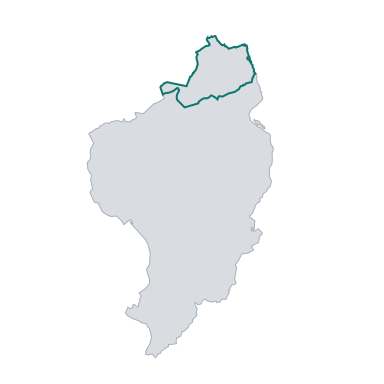 Sistan and Baluchestan highlighted on a map of Iran, rotated 242°
{"feature_id": "IRN-3247", "entity_name": "Sistan and Baluchestan", "entity_type": "Province", "adm_level": 1, "iso_a3": "IRN", "parent_name": "Iran", "parent_adm1": "", "projection": "mercator", "projection_center": [61.271, 28.254], "detail": "medium", "context": "in_parent", "style": "outline", "palette": "teal", "viewbox_px": 384, "rotation_deg": 242, "n_neighbors": 0, "source": "natural_earth", "source_scale": "10m", "svg_char_len": 5524}
<svg xmlns="http://www.w3.org/2000/svg" viewBox="0 0 384 384"><g transform="rotate(242 192 192)"><path d="M195.2,116.4L199.0,116.5L205.8,114.2L206.4,113.7L208.4,109.0L210.8,106.9L214.9,104.4L217.5,103.6L226.8,103.9L227.5,102.0L229.0,101.0L239.1,101.6L240.7,103.0L241.3,105.7L249.6,108.1L251.4,108.9L253.4,110.9L255.1,111.4L257.3,110.5L258.6,111.2L260.8,110.6L267.3,113.5L268.2,116.5L269.4,117.9L270.8,119.1L276.0,121.4L277.5,122.7L281.2,128.2L291.6,128.1L292.3,129.3L292.2,131.6L292.9,137.1L292.1,139.2L293.4,141.0L293.2,144.4L293.8,146.8L292.6,150.1L291.4,150.7L292.0,153.7L291.0,156.5L291.1,157.6L289.5,159.9L289.4,160.8L286.4,163.0L288.6,166.3L285.3,166.5L283.2,169.9L283.7,174.0L283.2,176.1L283.5,177.3L284.3,178.1L288.8,178.9L288.9,179.4L284.2,185.3L284.4,187.6L287.8,199.4L287.2,205.3L287.6,211.3L298.9,213.1L300.1,214.6L300.9,217.9L300.9,220.4L300.5,221.7L287.9,236.7L294.3,244.2L294.6,245.9L298.4,253.1L301.9,256.9L308.1,258.9L311.0,261.6L313.6,261.5L313.3,265.1L314.3,272.8L313.5,276.2L315.7,277.0L319.0,276.4L320.2,277.1L320.9,278.4L320.0,279.1L320.2,282.1L319.3,282.7L318.9,285.5L313.9,285.6L309.3,286.8L307.6,287.9L306.6,289.9L305.1,289.7L304.6,290.4L301.3,291.8L300.1,297.5L298.9,298.9L297.9,307.0L297.2,307.1L295.6,308.5L285.5,305.8L284.5,303.9L283.5,303.5L282.0,305.4L277.0,304.3L275.3,304.7L274.2,304.1L271.5,304.0L269.4,302.9L263.9,303.8L260.6,301.8L257.0,301.2L252.6,301.3L249.1,299.8L247.2,300.3L246.3,299.3L241.0,298.3L239.3,294.6L239.2,292.8L237.9,289.7L237.5,285.0L236.3,281.7L234.0,278.9L227.9,277.2L224.7,278.1L222.4,279.7L218.5,280.6L215.4,283.7L213.7,283.5L206.6,287.7L205.0,287.6L199.7,284.8L197.3,284.3L192.5,284.4L189.8,282.5L189.1,281.1L182.8,278.1L178.9,275.4L177.7,272.8L176.0,271.0L172.2,269.4L170.1,267.8L164.1,267.2L160.0,263.2L160.0,261.8L157.5,257.4L157.1,254.1L156.5,253.3L154.5,251.9L154.2,251.0L154.6,249.0L151.9,247.7L151.5,246.7L151.6,243.5L145.1,235.8L143.8,231.5L142.7,231.3L136.9,234.1L135.3,232.5L130.2,229.8L129.5,228.8L130.8,228.3L132.1,228.8L132.8,228.2L132.5,227.2L131.2,226.7L129.5,226.7L130.0,227.6L128.4,228.4L128.0,229.5L128.4,232.7L127.8,233.6L125.1,234.1L123.4,235.1L121.9,234.0L121.5,231.7L120.6,230.1L119.2,229.6L118.1,228.1L116.3,227.4L116.3,219.2L111.8,219.0L111.8,212.8L113.9,206.6L109.6,201.0L107.7,196.6L106.6,195.8L104.4,196.0L97.0,190.1L94.4,188.6L90.9,188.2L90.4,186.1L91.3,183.8L89.6,180.8L89.1,180.0L87.7,179.6L87.8,177.7L85.9,177.8L82.3,172.6L81.3,171.9L83.3,168.0L81.8,164.7L82.7,162.0L84.5,162.1L85.1,158.5L88.3,154.7L91.2,153.1L91.4,152.0L90.9,149.9L89.0,147.4L89.3,145.2L89.9,144.2L92.9,143.0L93.0,142.5L91.6,141.7L86.4,141.7L83.5,139.1L80.8,138.5L79.2,132.9L78.8,132.2L77.5,132.0L76.7,130.9L76.2,127.2L74.4,125.5L72.9,119.9L72.8,118.5L73.2,117.3L70.3,114.8L69.9,111.1L70.5,110.2L67.1,107.4L65.6,107.3L65.4,106.8L67.7,100.9L68.6,99.6L66.6,98.7L66.6,95.8L66.1,93.3L66.2,91.0L64.9,89.3L64.5,88.3L65.0,85.7L63.7,84.4L62.9,81.7L67.8,80.9L68.7,76.6L70.5,74.9L73.5,76.9L77.9,83.8L80.5,85.8L82.4,88.1L91.6,90.4L93.6,89.7L96.8,89.8L100.8,85.6L102.6,85.1L107.3,80.8L113.1,77.0L116.1,76.3L120.4,81.3L117.9,82.8L117.5,84.0L117.8,85.2L119.8,86.5L120.0,87.8L119.4,88.5L116.8,89.3L116.1,90.7L118.9,92.9L120.2,94.8L121.7,95.3L124.1,98.3L127.7,97.8L128.5,105.0L130.6,110.9L134.5,113.4L144.6,115.3L145.7,116.4L147.4,119.6L150.0,121.9L157.8,126.4L166.5,128.6L172.2,128.4L193.3,123.3L195.3,123.3L192.1,124.6L193.3,125.2L196.0,125.2L196.6,124.6L196.7,123.8L195.2,116.4ZM225.7,281.4L224.4,283.2L222.5,284.7L221.1,284.3L215.4,286.5L213.9,286.3L213.7,285.6L220.0,283.1L220.3,282.4L219.9,281.0L221.9,281.6L224.1,280.5L226.0,280.2L226.9,281.0L225.7,281.4Z" fill="#d9dde1" stroke="#a8b0b8" stroke-width="1"/><path d="M291.7,212.0L299.2,213.2L300.1,214.3L300.0,215.3L301.1,218.5L300.7,219.6L300.8,221.4L288.0,236.8L293.8,243.7L294.6,244.2L294.5,245.7L295.2,246.8L295.4,247.5L296.6,248.7L296.3,249.3L296.9,249.8L297.6,251.9L298.8,253.7L302.0,256.9L304.1,257.8L308.3,258.8L309.6,259.8L310.0,260.6L311.1,261.7L313.3,261.2L313.6,261.4L313.3,265.2L313.9,267.7L314.3,272.8L313.5,275.0L313.8,275.7L313.4,276.2L314.1,276.9L315.4,277.0L319.0,276.4L320.3,277.0L321.1,278.5L320.3,278.5L319.9,279.3L319.9,281.1L320.3,282.2L319.3,282.6L319.1,285.0L318.7,285.9L313.5,285.6L312.8,286.2L309.0,286.8L307.3,287.7L307.4,288.1L306.8,289.0L307.0,289.8L305.1,289.6L304.7,290.5L301.2,291.8L300.1,297.9L299.2,298.2L298.9,298.6L299.1,299.8L298.6,300.9L298.3,305.8L297.9,307.0L297.5,306.3L297.2,306.8L297.5,307.0L296.8,306.9L296.5,307.2L297.1,307.5L296.6,308.3L295.7,308.6L295.9,308.7L295.6,309.1L292.5,308.2L292.3,307.6L290.5,306.9L285.1,305.9L284.9,305.8L285.1,305.6L284.8,305.2L284.7,304.0L284.0,303.4L282.6,303.7L282.0,304.4L282.0,304.9L282.5,305.1L282.9,305.7L280.9,305.1L280.5,304.8L280.7,304.5L280.3,304.4L279.4,304.5L279.5,305.3L278.2,305.0L277.8,304.6L275.9,304.8L275.4,305.1L273.7,304.2L271.5,304.3L270.5,304.1L269.4,303.2L266.6,303.6L266.6,303.3L266.9,303.1L267.0,302.7L265.4,300.6L264.7,300.1L264.2,298.9L261.0,296.2L261.1,295.5L261.7,294.4L262.1,291.8L262.6,290.9L261.8,288.9L262.5,287.7L262.5,287.2L261.9,286.5L262.6,284.7L261.9,283.3L260.9,282.1L260.3,276.8L261.8,270.7L261.9,263.8L263.4,261.7L263.9,260.4L261.8,258.0L264.1,257.1L267.2,255.3L268.2,254.4L268.1,253.2L267.7,252.4L267.5,250.1L267.7,249.1L268.8,247.4L269.2,245.9L269.2,244.5L268.8,241.3L268.2,239.9L267.3,239.2L270.2,225.2L280.6,222.1L283.4,223.3L285.0,224.5L287.1,227.5L288.2,228.5L290.5,228.2L290.7,227.4L290.0,223.2L290.3,219.2L291.8,214.8L292.0,212.9L291.7,212.0Z" fill="none" stroke="#0f766e" stroke-width="2"/></g></svg>